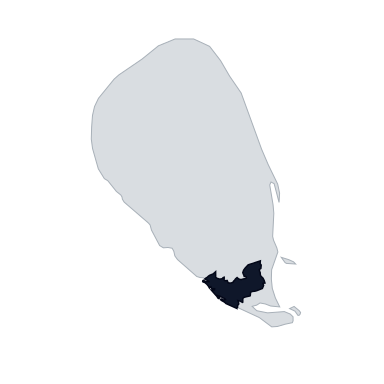 Sri Lanka, with Mulativ highlighted, rotated 165°
{"feature_id": "LKA-2458", "entity_name": "Mulativ", "entity_type": "District", "adm_level": 1, "iso_a3": "LKA", "parent_name": "Sri Lanka", "parent_adm1": "", "projection": "orthographic", "projection_center": [80.639, 9.196], "detail": "fine", "context": "in_parent", "style": "filled", "palette": "ink", "viewbox_px": 384, "rotation_deg": 165, "n_neighbors": 0, "source": "natural_earth", "source_scale": "10m", "svg_char_len": 2882}
<svg xmlns="http://www.w3.org/2000/svg" viewBox="0 0 384 384"><g transform="rotate(165 192 192)"><path d="M128.9,39.8L136.4,40.2L144.3,40.0L149.9,41.1L159.5,53.3L185.5,75.0L199.7,97.1L201.0,102.0L203.0,106.1L206.4,107.3L209.3,109.2L223.5,130.5L225.1,134.7L224.9,139.4L225.7,142.8L229.5,144.6L234.1,145.5L237.1,148.6L241.0,165.7L241.0,171.0L242.1,173.3L260.1,199.7L261.1,203.0L260.9,205.4L261.5,207.5L264.9,212.1L270.4,224.7L273.2,227.6L276.5,238.6L276.8,259.7L275.6,269.1L272.2,280.5L268.3,291.7L264.0,299.8L258.1,306.7L238.0,321.2L232.2,324.1L205.9,333.3L186.6,341.9L168.7,344.2L150.8,339.4L137.3,328.1L130.4,311.5L125.7,294.2L118.9,274.9L113.7,215.3L111.3,198.7L107.2,177.4L107.7,168.2L110.6,159.4L110.5,178.8L113.1,181.2L115.1,178.7L117.0,158.7L118.5,150.2L125.6,128.2L125.7,124.2L124.5,115.9L124.6,111.8L135.2,96.3L137.9,87.3L139.4,78.1L138.9,68.1L137.0,58.3L145.5,61.5L150.2,64.9L155.0,67.2L158.8,66.0L163.5,66.0L160.2,60.6L150.3,55.7L133.8,52.6L128.7,48.7L126.7,45.3L127.7,41.4L128.9,39.8ZM120.4,99.8L122.7,105.8L116.2,101.7L112.0,98.3L110.5,95.6L119.3,98.6L120.4,99.8ZM127.9,54.1L123.0,55.0L119.2,49.7L118.3,47.5L119.3,45.9L120.4,45.2L121.6,45.4L123.4,50.3L127.9,54.1Z" fill="#d9dde1" stroke="#a8b0b8" stroke-width="1"/><path d="M178.9,68.0L188.1,75.5L188.7,76.6L189.6,77.7L191.3,79.3L192.3,80.6L191.4,81.1L190.9,80.9L190.0,79.8L189.5,79.6L188.1,79.4L187.5,79.5L187.8,80.2L187.9,80.4L191.9,84.1L193.5,85.0L192.9,84.0L192.5,83.1L192.7,82.5L193.8,82.2L194.3,82.6L195.1,85.0L195.9,86.5L198.8,92.4L198.2,92.2L196.6,91.6L195.6,91.6L195.1,92.7L195.7,93.0L197.0,93.2L198.1,93.9L198.1,94.0L198.3,95.7L198.8,95.7L199.1,95.3L199.3,95.1L199.6,94.9L200.0,94.7L200.4,96.3L200.4,96.5L201.5,99.0L203.0,101.2L204.5,102.2L204.6,102.3L204.8,102.5L204.8,103.0L204.4,103.6L203.7,103.8L203.5,103.6L202.6,102.2L201.7,101.7L199.6,101.2L198.3,100.6L198.9,101.4L199.2,101.9L202.0,104.5L202.0,104.8L200.8,105.3L199.3,105.7L197.9,106.5L196.4,107.0L192.8,107.4L189.8,108.9L191.2,103.5L190.3,102.3L187.8,100.7L185.3,100.4L184.2,101.2L183.0,101.4L183.1,100.4L183.9,99.3L183.0,97.7L180.9,97.4L180.6,94.9L178.2,94.0L175.6,94.1L175.5,94.4L175.3,94.8L174.6,95.3L173.8,95.6L172.5,96.8L170.6,97.7L169.4,95.9L167.4,94.7L164.7,94.7L163.2,94.6L161.8,94.8L161.6,95.9L162.2,96.7L163.4,96.9L163.5,97.6L163.4,98.3L163.7,99.6L163.8,101.0L162.4,103.1L160.3,104.8L156.6,107.1L143.8,107.8L144.8,105.0L144.4,104.4L144.1,103.7L144.3,102.8L144.7,101.9L145.0,101.0L145.3,100.3L147.1,99.7L147.2,98.1L147.0,96.2L147.3,95.1L147.4,93.9L147.3,93.3L147.1,92.7L145.7,90.4L145.2,87.9L145.1,85.2L147.2,85.4L147.0,83.2L149.0,80.6L155.0,79.9L157.1,79.9L159.2,80.3L161.3,80.1L162.6,76.7L163.6,76.6L167.2,76.8L169.2,76.7L170.5,76.0L171.5,72.4L171.9,72.3L172.5,73.0L174.0,74.3L175.8,75.3L175.6,73.5L175.8,71.7L177.5,70.4L177.7,69.1L178.0,68.7L178.4,68.5L178.9,68.1L178.9,68.0Z" fill="#0f172a" stroke="#020617" stroke-width="1.5"/></g></svg>